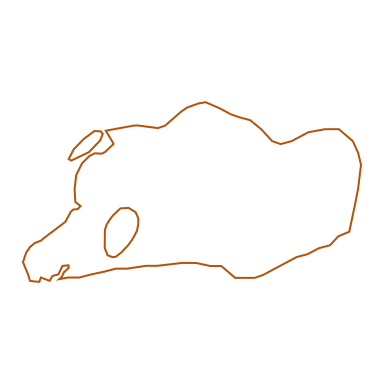 Mundok, P'yŏngan-namdo, North Korea
{"feature_id": "82179303B50652768805745", "entity_name": "Mundok", "entity_type": "district", "adm_level": 2, "iso_a3": "PRK", "parent_name": "North Korea", "parent_adm1": "P'yŏngan-namdo", "projection": "albers", "projection_center": [125.486, 39.516], "detail": "fine", "context": "isolated", "style": "outline", "palette": "amber", "viewbox_px": 384, "rotation_deg": 0, "n_neighbors": 0, "source": "geoboundaries", "source_scale": "gbopen_adm2", "svg_char_len": 1456}
<svg xmlns="http://www.w3.org/2000/svg" viewBox="0 0 384 384"><path d="M205.6,102.2L198.4,103.5L187.2,107.5L181.3,111.5L165.0,125.7L157.9,128.1L137.3,125.4L133.1,125.7L105.8,130.7L113.1,142.9L113.6,143.9L105.1,152.0L101.6,153.7L94.8,153.3L89.4,156.0L82.0,163.4L76.2,175.1L74.6,189.3L75.3,201.9L80.5,206.1L77.7,209.1L73.4,209.5L70.8,211.7L65.3,221.9L43.5,238.4L41.2,240.5L34.7,243.1L29.9,247.1L26.1,252.8L23.0,262.2L28.1,274.6L30.0,280.8L33.7,281.4L39.3,281.8L40.9,277.5L49.6,280.8L52.5,276.0L58.3,274.4L62.5,265.9L68.4,265.3L68.8,267.8L63.9,272.3L61.8,277.0L59.3,279.1L68.3,277.5L79.4,277.5L90.5,274.6L104.5,271.6L115.6,268.7L126.8,268.7L146.2,265.8L157.4,265.8L182.4,262.9L196.3,263.0L210.2,266.0L221.3,266.0L235.2,277.9L243.5,277.9L254.6,277.9L263.0,275.0L274.2,269.0L285.3,263.1L296.5,257.1L307.6,254.2L318.8,248.2L329.9,245.3L338.3,236.3L349.3,231.7L355.2,203.6L358.1,188.7L361.0,164.9L358.2,153.0L352.8,141.1L338.9,129.2L325.1,129.2L308.4,132.2L291.7,141.1L280.6,144.1L272.2,141.1L261.2,129.2L250.2,120.2L239.1,117.2L230.8,114.3L219.7,108.3L205.6,102.2ZM112.8,257.2L107.6,255.3L104.7,247.8L104.8,238.9L104.9,230.0L106.6,224.7L110.1,219.1L113.3,215.1L120.4,208.4L128.6,207.9L135.6,212.2L138.2,218.1L138.3,224.1L136.9,231.0L132.6,239.0L128.3,245.1L121.4,252.4L115.7,256.8L112.8,257.2ZM89.0,152.1L100.1,140.5L102.8,134.0L100.8,131.4L94.5,131.0L83.8,138.9L73.7,149.3L68.7,159.0L71.2,160.6L89.0,152.1Z" fill="none" stroke="#b45309" stroke-width="2"/></svg>